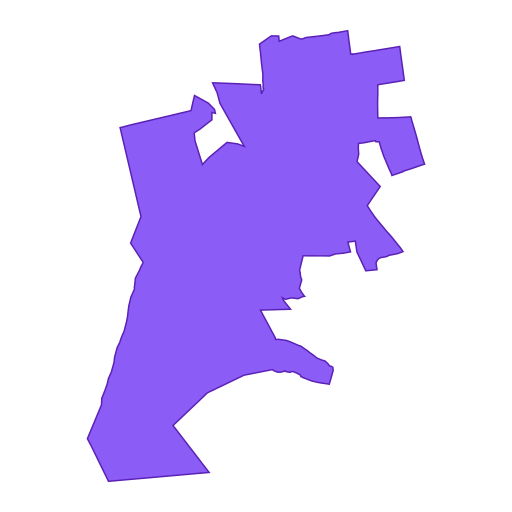 the district of San Lorenzo Cacaotepec, Oaxaca, Mexico
{"feature_id": "50627088B1759154340941", "entity_name": "San Lorenzo Cacaotepec", "entity_type": "district", "adm_level": 2, "iso_a3": "MEX", "parent_name": "Mexico", "parent_adm1": "Oaxaca", "projection": "robinson", "projection_center": [-96.793, 17.126], "detail": "fine", "context": "isolated", "style": "filled", "palette": "violet", "viewbox_px": 512, "rotation_deg": 0, "n_neighbors": 0, "source": "geoboundaries", "source_scale": "gbopen_adm2", "svg_char_len": 4798}
<svg xmlns="http://www.w3.org/2000/svg" viewBox="0 0 512 512"><path d="M87.4,438.7L91.4,446.3L108.5,481.3L209.1,472.4L202.1,463.4L199.1,459.4L173.0,425.5L200.2,399.7L207.4,392.8L244.0,375.2L272.3,369.6L273.8,370.7L277.7,372.2L278.0,372.0L279.9,372.3L284.2,371.3L284.7,370.7L285.8,371.3L285.9,371.6L288.5,372.1L289.9,372.3L292.7,371.4L294.4,372.1L296.3,372.9L300.2,374.9L300.9,376.6L302.1,376.9L302.5,377.5L303.1,377.7L303.5,377.8L311.8,381.0L317.8,382.4L319.6,382.7L321.6,383.1L322.0,383.1L326.1,383.7L329.3,384.2L333.2,370.4L332.8,367.3L331.3,366.3L329.7,366.0L328.1,363.9L325.2,361.1L321.4,359.9L316.9,358.0L314.8,356.3L312.3,354.4L309.7,352.6L307.5,350.8L303.4,348.0L301.0,346.2L298.5,345.4L293.2,343.1L288.7,341.2L285.8,340.3L282.3,339.9L278.6,339.3L275.5,339.5L275.4,338.0L260.4,310.1L284.9,309.4L290.5,309.2L283.8,300.8L283.4,299.8L283.0,299.1L282.9,298.7L282.5,297.8L284.3,298.8L285.2,299.2L285.6,299.2L286.2,299.2L287.9,298.7L289.1,298.4L291.3,297.9L292.9,298.1L293.7,298.1L296.6,298.5L297.9,298.7L298.5,298.5L299.6,298.0L302.2,296.8L303.6,296.5L304.6,296.3L304.0,295.7L302.8,294.0L301.3,291.8L299.9,289.2L299.3,288.3L301.7,280.1L301.6,279.4L300.9,277.6L300.7,276.9L300.3,274.3L300.1,272.1L300.0,271.9L299.6,270.1L303.1,255.8L327.5,255.9L329.5,256.0L335.6,253.9L343.3,253.2L350.5,251.9L347.9,242.1L355.3,241.1L356.9,251.9L365.8,270.8L377.0,269.7L376.4,265.8L376.1,263.0L376.1,262.4L377.5,260.0L379.0,258.4L380.8,257.6L385.0,256.9L386.4,256.6L387.4,256.2L389.1,255.3L392.3,254.7L397.2,253.7L398.3,253.4L403.0,251.6L400.7,248.2L390.3,235.3L386.4,231.1L384.5,228.8L384.3,228.5L383.9,228.0L382.9,226.8L381.4,225.0L379.9,223.2L376.8,219.5L376.1,218.6L374.4,216.4L372.4,213.5L370.4,210.6L368.1,207.0L367.3,205.6L368.0,204.5L369.7,202.0L372.8,197.4L380.2,186.5L370.2,175.8L357.0,161.6L358.2,156.5L358.7,154.2L358.3,147.9L358.5,143.4L363.8,142.8L375.1,140.6L375.7,141.7L376.3,141.8L377.2,141.8L377.4,141.8L379.2,141.8L380.7,147.0L381.3,149.3L381.5,149.5L382.7,153.1L382.8,153.4L383.9,156.6L384.8,158.7L385.6,160.5L386.0,161.5L386.8,163.5L387.6,165.2L388.3,167.0L389.0,168.6L390.1,171.0L390.5,171.8L391.5,174.1L391.7,174.7L391.9,175.5L400.1,172.7L402.7,171.8L402.6,171.5L405.5,170.5L408.6,169.5L411.4,168.6L419.3,165.9L420.7,165.4L422.4,164.8L424.6,164.2L423.4,160.6L422.6,158.4L422.5,158.1L421.6,155.0L421.1,153.5L421.0,153.1L420.5,151.3L419.9,149.2L419.7,148.6L417.8,141.5L417.4,139.9L417.3,139.5L416.8,137.6L416.4,136.2L416.1,135.2L415.4,132.7L413.9,127.6L413.5,126.2L412.8,123.8L412.6,123.2L411.9,121.1L411.2,118.0L410.8,117.1L410.7,116.8L406.7,117.1L397.1,117.6L389.6,117.8L388.4,117.9L381.9,117.9L377.8,118.0L377.7,111.1L377.6,105.5L377.6,103.5L377.6,100.8L377.7,98.5L377.7,96.5L377.8,95.2L377.8,92.3L377.8,89.9L377.8,87.6L377.8,84.8L380.3,84.3L388.5,83.0L396.5,81.7L396.8,81.7L401.2,80.9L404.3,80.4L403.7,75.7L403.0,70.7L402.3,65.6L401.6,60.6L400.9,55.8L400.9,55.6L400.3,50.8L399.7,46.5L391.9,47.8L391.7,47.8L387.1,48.6L384.0,49.1L378.3,50.0L377.8,50.1L375.5,50.5L373.8,50.8L371.6,51.1L364.9,52.1L361.3,52.8L359.5,53.1L356.4,53.6L352.7,54.3L352.7,53.9L350.7,54.2L350.5,52.3L349.6,45.5L348.9,40.6L348.4,36.2L347.7,30.7L345.1,31.2L343.2,31.5L341.3,31.9L340.4,32.0L337.5,32.6L337.0,32.5L335.7,32.6L333.1,33.0L332.7,33.0L331.0,33.5L330.8,33.5L330.3,33.8L330.1,33.9L329.7,34.4L329.7,34.6L321.8,35.7L305.4,37.6L304.0,38.4L301.0,39.1L292.8,35.9L290.2,36.8L289.7,37.0L289.3,37.1L289.0,37.3L279.2,41.3L278.7,36.0L271.3,35.9L262.7,41.9L261.9,42.4L259.5,44.1L260.1,49.6L260.6,53.3L260.6,54.6L260.8,55.9L261.1,59.1L261.4,62.5L261.6,63.8L262.2,68.8L262.9,74.2L262.8,80.7L262.8,81.5L262.9,82.1L263.1,83.3L263.2,83.9L263.3,84.5L263.2,85.2L263.1,85.9L263.0,86.5L263.2,87.2L263.1,87.8L263.2,88.5L263.7,88.9L263.6,89.3L263.4,89.6L261.8,93.0L261.5,93.9L260.4,84.8L244.4,84.1L234.4,83.6L212.6,82.8L214.0,86.0L216.2,90.7L216.6,91.4L217.1,92.6L220.0,103.4L225.5,113.2L231.2,123.3L239.6,138.2L244.3,146.4L242.4,145.7L237.6,143.9L227.0,142.4L209.1,157.4L202.4,164.5L195.0,140.8L194.2,132.8L200.0,129.1L211.9,119.8L211.9,112.5L215.4,113.3L214.5,109.4L208.3,103.1L194.5,95.5L193.3,100.6L191.0,110.6L188.2,111.3L181.5,112.9L181.0,113.0L174.7,114.5L171.5,115.3L165.0,116.8L129.9,125.1L122.9,127.0L120.1,127.6L141.0,216.6L139.9,219.4L130.6,243.1L143.2,262.4L143.5,262.2L143.2,262.5L141.9,265.0L140.7,267.2L140.3,268.3L140.1,268.8L139.5,270.3L139.4,270.5L138.2,272.7L137.6,273.9L137.4,274.4L136.8,275.5L136.5,276.0L135.8,277.4L135.4,278.3L135.2,280.3L134.9,283.0L134.7,284.9L134.5,286.2L134.3,287.7L134.4,288.0L134.4,288.5L134.4,289.3L130.9,297.1L128.8,305.9L128.3,309.8L127.5,316.8L126.6,321.5L124.1,331.2L121.4,337.4L119.7,342.5L117.2,347.5L114.6,357.1L114.0,362.5L111.3,372.1L108.5,378.4L107.2,384.0L105.2,389.7L103.9,393.0L101.8,398.2L101.5,404.8L87.4,438.7Z" fill="#8b5cf6" stroke="#5b21b6" stroke-width="1.5"/></svg>